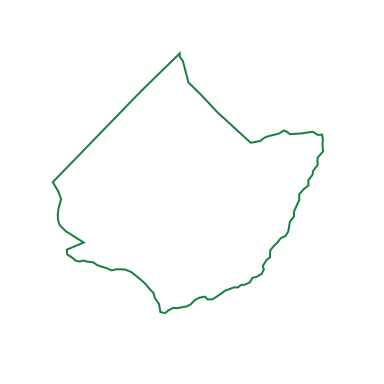 outline of São João do Caiuá, Paraná, Brazil, rotated 44°
{"feature_id": "56859067B54492092524937", "entity_name": "São João do Caiuá", "entity_type": "district", "adm_level": 2, "iso_a3": "BRA", "parent_name": "Brazil", "parent_adm1": "Paraná", "projection": "natural_earth1", "projection_center": [-52.296, -22.832], "detail": "fine", "context": "isolated", "style": "outline", "palette": "green", "viewbox_px": 384, "rotation_deg": 44, "n_neighbors": 0, "source": "geoboundaries", "source_scale": "gbopen_adm2", "svg_char_len": 1447}
<svg xmlns="http://www.w3.org/2000/svg" viewBox="0 0 384 384"><g transform="rotate(44 192 192)"><path d="M252.8,300.4L256.8,297.6L257.3,293.4L259.0,288.4L262.4,285.5L264.9,281.7L268.0,277.5L269.2,273.0L269.0,268.5L270.7,262.9L273.9,258.3L277.7,258.5L281.2,255.0L282.2,251.3L283.5,245.2L284.4,239.8L286.8,235.0L288.4,231.5L291.2,228.8L291.9,224.7L294.3,222.2L296.4,216.6L295.0,211.9L297.3,208.4L299.0,202.4L297.4,197.7L294.3,196.0L292.9,189.4L293.5,184.7L290.9,182.1L288.7,179.3L288.4,174.1L288.5,169.0L287.9,163.7L289.8,158.5L288.7,153.5L283.1,145.5L282.4,138.7L279.1,135.6L277.3,130.6L275.9,126.9L274.7,123.2L270.7,119.1L270.4,112.0L271.2,106.3L267.5,102.8L266.8,96.1L264.5,92.8L263.5,84.9L260.9,82.9L258.5,79.9L258.1,71.8L253.0,67.3L249.5,63.2L245.7,60.4L242.8,63.6L237.0,64.8L234.3,68.3L230.2,73.7L222.2,82.4L218.7,82.7L215.3,84.0L214.1,89.4L210.4,95.3L208.3,98.6L206.4,102.6L205.7,107.7L203.1,111.6L200.0,115.8L155.2,117.0L130.3,115.8L113.4,115.7L94.6,104.2L89.3,103.2L86.9,100.9L85.3,154.3L85.2,207.6L85.0,281.6L95.4,284.5L102.7,287.9L107.4,296.5L111.3,301.7L114.8,305.0L119.6,307.7L128.4,307.9L149.2,303.6L142.0,320.3L145.6,323.6L152.0,322.3L155.6,322.3L159.4,320.2L161.6,316.6L164.7,315.1L169.5,311.4L175.0,310.3L180.2,307.9L183.3,306.2L188.7,304.2L191.2,300.2L195.4,296.3L198.0,294.1L204.2,291.7L215.4,290.7L221.9,290.4L229.2,291.3L234.4,291.4L239.0,294.1L246.0,295.4L252.8,300.4Z" fill="none" stroke="#15803d" stroke-width="2"/></g></svg>